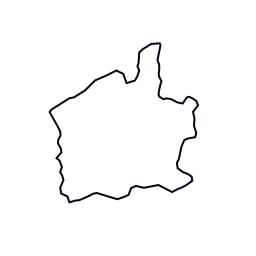 the district of Livadia Larnakas, Larnaca, Cyprus, rotated 201°
{"feature_id": "46923920B34186369498316", "entity_name": "Livadia Larnakas", "entity_type": "district", "adm_level": 2, "iso_a3": "CYP", "parent_name": "Cyprus", "parent_adm1": "Larnaca", "projection": "orthographic", "projection_center": [33.633, 34.954], "detail": "fine", "context": "isolated", "style": "outline", "palette": "ink", "viewbox_px": 256, "rotation_deg": 201, "n_neighbors": 0, "source": "geoboundaries", "source_scale": "gbopen_adm2", "svg_char_len": 1264}
<svg xmlns="http://www.w3.org/2000/svg" viewBox="0 0 256 256"><g transform="rotate(201 128 128)"><path d="M156.1,37.6L151.0,41.5L147.7,43.1L141.0,49.6L136.7,54.4L133.7,56.2L124.1,56.8L112.4,57.7L106.3,62.9L103.5,65.8L103.5,73.2L99.7,76.8L91.7,77.9L79.1,85.7L63.8,84.0L60.6,87.8L56.1,92.1L52.9,95.9L49.1,101.7L51.1,105.4L55.6,106.5L60.9,106.5L67.3,108.3L69.9,113.2L69.3,116.9L70.7,125.6L71.4,129.7L71.1,137.0L68.4,139.6L62.0,143.5L62.5,147.9L67.2,153.7L69.3,160.6L73.1,166.4L70.7,174.3L73.9,177.7L78.6,178.8L82.0,179.1L84.1,177.5L85.7,170.5L91.1,169.6L98.2,170.4L102.8,169.4L105.2,167.6L109.8,168.4L111.6,170.4L112.7,175.3L113.4,181.4L113.4,183.5L117.7,187.5L118.8,189.9L120.3,195.3L121.8,198.6L124.7,201.8L125.8,207.7L127.3,217.0L128.8,218.4L136.4,214.8L142.5,206.9L144.6,202.6L142.6,196.3L141.3,191.8L141.4,189.3L138.1,185.5L137.8,179.5L138.7,174.6L141.7,172.3L145.5,169.4L151.8,176.8L159.5,177.5L166.1,170.1L175.8,160.6L181.7,147.4L189.5,137.2L189.8,137.0L193.5,134.6L206.0,117.9L206.9,114.8L194.5,104.5L190.0,100.4L188.3,96.7L188.9,91.8L187.8,88.4L183.6,85.1L181.4,81.3L182.6,78.2L183.9,74.2L180.1,73.0L175.7,67.8L175.7,64.8L175.5,62.5L172.3,59.9L169.6,56.2L169.9,47.9L166.9,42.9L160.0,42.4L156.1,37.6Z" fill="none" stroke="#020617" stroke-width="2"/></g></svg>